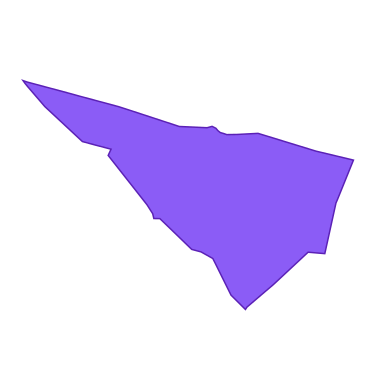 outline of Caldeirão Grande, Bahia, Brazil, rotated 177°
{"feature_id": "56859067B57700973719818", "entity_name": "Caldeirão Grande", "entity_type": "district", "adm_level": 2, "iso_a3": "BRA", "parent_name": "Brazil", "parent_adm1": "Bahia", "projection": "natural_earth1", "projection_center": [-40.178, -11.037], "detail": "fine", "context": "isolated", "style": "filled", "palette": "violet", "viewbox_px": 384, "rotation_deg": 177, "n_neighbors": 0, "source": "geoboundaries", "source_scale": "gbopen_adm2", "svg_char_len": 700}
<svg xmlns="http://www.w3.org/2000/svg" viewBox="0 0 384 384"><g transform="rotate(177 192 192)"><path d="M354.9,312.1L353.0,309.1L350.5,305.7L334.5,285.0L298.8,248.1L286.3,244.0L270.6,239.0L273.8,232.9L237.6,181.6L232.4,172.4L231.5,167.5L225.5,167.1L212.5,153.2L195.3,134.7L186.1,131.7L174.7,124.5L172.4,119.3L158.4,86.9L144.8,71.9L143.1,74.2L124.6,88.4L115.8,95.1L79.2,125.8L62.6,123.5L48.8,173.5L47.3,176.5L29.1,215.4L66.0,226.3L123.0,247.1L143.9,247.1L154.3,247.5L157.2,248.7L160.7,249.9L163.0,252.0L164.8,254.4L168.5,256.5L173.6,255.4L201.3,258.1L218.1,264.6L253.3,278.2L260.9,281.1L299.0,293.5L306.1,295.9L350.7,310.4L354.9,312.1Z" fill="#8b5cf6" stroke="#5b21b6" stroke-width="1.5"/></g></svg>